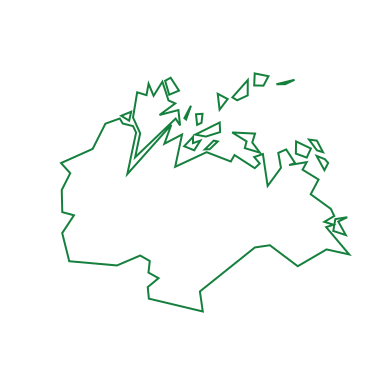 an SVG outline of Finland Proper, rotated 161°
{"feature_id": "FIN-3191", "entity_name": "Finland Proper", "entity_type": "Region", "adm_level": 1, "iso_a3": "FIN", "parent_name": "Finland", "parent_adm1": "", "projection": "orthographic", "projection_center": [22.144, 60.47], "detail": "medium", "context": "isolated", "style": "outline", "palette": "green", "viewbox_px": 384, "rotation_deg": 161, "n_neighbors": 0, "source": "natural_earth", "source_scale": "10m", "svg_char_len": 1933}
<svg xmlns="http://www.w3.org/2000/svg" viewBox="0 0 384 384"><g transform="rotate(161 192 192)"><path d="M251.6,284.8L236.4,285.0L235.2,279.3L226.3,273.5L225.5,266.4L247.3,230.0L189.7,262.3L202.4,246.6L182.7,249.6L199.7,221.3L165.2,224.9L145.4,208.2L139.8,213.1L124.9,194.1L118.7,196.9L121.8,204.8L112.6,204.8L118.5,173.1L100.0,185.9L97.7,200.9L89.1,201.6L85.1,185.8L91.4,185.8L73.8,182.9L80.2,177.1L68.3,162.6L80.5,151.2L66.2,130.8L65.3,123.0L76.5,120.7L68.9,115.0L76.6,115.1L63.7,81.8L83.5,93.9L116.2,87.4L135.7,116.3L150.6,119.1L216.9,95.4L220.7,75.5L267.5,105.2L264.8,116.5L251.7,121.4L259.4,130.0L254.4,140.5L261.7,148.8L286.9,147.0L330.6,166.5L328.1,195.4L311.2,208.4L321.2,215.2L314.5,236.3L301.0,249.4L306.4,262.0L271.9,265.1L251.6,284.8ZM183.6,266.7L234.5,243.3L221.9,264.4L223.5,281.7L211.4,304.1L203.5,298.4L197.8,308.5L197.0,295.5L184.1,305.9L184.4,286.2L179.0,281.2L197.6,275.4L178.2,273.9L181.6,258.8L183.6,266.7ZM134.6,235.2L113.4,226.7L118.9,219.2L115.0,207.1L127.8,216.3L123.9,222.1L134.6,235.2ZM145.9,239.5L160.8,239.9L170.2,245.2L143.2,248.7L145.9,239.5ZM107.9,265.2L119.4,264.0L123.0,268.3L102.8,279.7L107.9,265.2ZM82.0,276.6L89.8,269.3L98.5,272.5L94.1,283.7L82.0,276.6ZM72.3,187.2L81.3,194.5L77.1,205.9L65.4,194.4L72.3,187.2ZM171.3,292.1L181.9,291.4L181.2,305.9L175.0,307.0L171.3,292.1ZM65.3,119.7L53.4,117.6L63.3,116.4L60.6,101.2L71.1,109.2L65.3,119.7ZM175.2,237.9L167.4,237.9L176.3,230.7L184.5,237.8L173.1,243.8L175.2,237.9ZM139.1,260.9L135.7,276.5L128.0,268.3L139.1,260.9ZM58.5,264.7L68.8,263.6L77.1,266.4L58.5,264.7ZM156.6,262.5L160.5,254.3L165.3,253.8L162.9,264.2L156.6,262.5ZM228.2,279.9L234.1,287.1L223.4,287.7L228.2,279.9ZM64.3,203.5L57.2,199.9L55.2,187.0L60.3,190.7L64.3,203.5ZM62.4,185.5L55.7,179.8L53.8,175.1L59.7,169.5L62.4,185.5ZM164.9,273.9L174.0,262.5L175.1,264.3L164.9,273.9ZM166.0,228.1L154.7,233.5L151.2,231.4L161.4,226.7L166.0,228.1Z" fill="none" stroke="#15803d" stroke-width="2"/></g></svg>